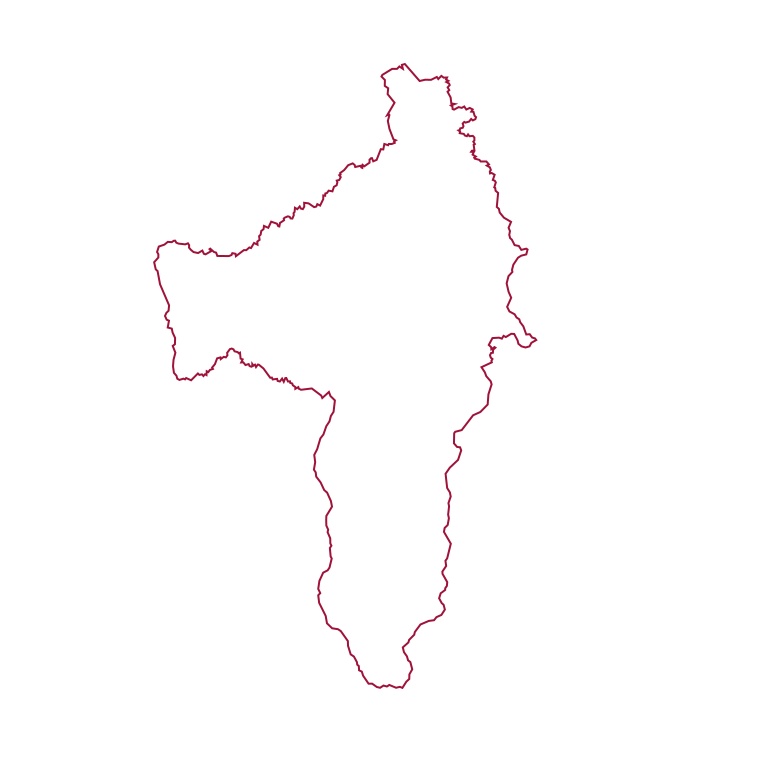 the district of Valdivia, Antioquia, Colombia, rotated 337°
{"feature_id": "7082276B28088679265990", "entity_name": "Valdivia", "entity_type": "district", "adm_level": 2, "iso_a3": "COL", "parent_name": "Colombia", "parent_adm1": "Antioquia", "projection": "mercator", "projection_center": [-75.403, 7.242], "detail": "fine", "context": "isolated", "style": "outline", "palette": "rose", "viewbox_px": 768, "rotation_deg": 337, "n_neighbors": 0, "source": "geoboundaries", "source_scale": "gbopen_adm2", "svg_char_len": 6160}
<svg xmlns="http://www.w3.org/2000/svg" viewBox="0 0 768 768"><g transform="rotate(337 384 384)"><path d="M218.7,189.2L219.7,191.6L216.8,204.7L216.9,227.6L214.3,232.4L211.5,233.5L209.0,235.8L209.1,239.9L210.8,241.7L207.0,247.5L210.3,250.1L209.5,254.0L209.7,260.0L207.1,265.7L204.4,266.4L204.2,273.7L199.7,279.5L196.7,285.3L195.0,291.6L196.2,295.3L195.8,298.4L197.3,300.3L201.4,300.7L202.7,302.0L204.2,301.2L207.9,305.2L216.8,301.6L217.6,303.5L220.2,304.0L220.9,306.1L223.1,305.1L224.1,306.4L225.8,303.0L226.9,304.4L229.3,303.0L232.4,303.3L232.2,301.7L236.1,299.7L240.4,295.2L243.8,295.6L243.4,297.3L247.1,296.4L248.8,297.7L251.1,296.4L251.8,294.0L255.8,291.7L257.7,291.9L259.0,293.3L259.2,295.5L261.8,297.5L262.3,299.0L263.7,298.9L261.9,304.6L263.5,306.1L261.0,308.4L262.9,309.0L263.9,312.4L267.2,312.8L267.3,315.0L268.7,316.3L269.7,316.2L270.6,314.1L271.1,316.1L272.8,315.8L272.8,318.4L275.4,316.8L276.3,317.3L279.1,322.6L281.7,333.8L283.3,334.3L283.3,336.3L287.6,337.5L287.3,339.6L289.1,341.0L292.3,339.2L292.6,342.8L295.5,340.0L296.4,340.3L296.6,344.2L298.5,344.8L298.1,346.3L299.7,347.7L299.6,349.6L301.2,352.1L300.5,353.8L303.9,353.4L303.7,355.0L305.4,356.9L315.8,359.9L321.7,370.1L321.7,372.8L330.2,369.8L330.0,374.1L332.4,379.9L326.7,389.9L322.6,392.7L319.2,397.1L314.4,400.3L308.5,406.8L304.2,409.2L297.0,417.9L292.1,422.0L290.1,429.1L286.0,435.5L286.6,438.7L285.4,442.8L287.2,449.8L287.5,458.2L289.2,461.8L289.4,471.0L288.2,476.6L279.4,482.9L277.7,486.5L275.6,491.8L275.7,496.3L274.2,498.3L274.2,505.1L272.3,509.8L272.4,512.3L270.1,513.8L267.5,521.9L267.7,524.2L262.1,531.7L259.3,533.5L254.3,533.9L247.6,540.0L243.4,546.9L243.6,551.6L240.9,552.8L238.8,560.1L239.7,574.7L238.0,582.0L240.8,588.6L245.8,591.7L247.7,594.6L250.3,606.5L248.6,610.9L247.7,619.9L249.8,623.1L250.4,629.4L249.7,631.9L250.6,633.8L249.2,637.8L251.2,640.1L250.8,644.3L252.7,653.8L256.0,655.2L259.0,660.1L261.7,662.1L265.7,661.4L268.5,663.6L271.3,663.1L276.4,668.3L280.3,669.0L282.2,670.9L288.3,666.7L292.0,665.4L293.9,661.2L298.5,657.7L299.6,650.2L298.2,647.8L298.7,643.7L297.6,638.6L298.4,633.8L305.5,631.4L307.2,629.3L313.9,626.6L315.4,624.4L323.6,619.6L332.7,619.6L337.8,621.0L341.2,619.1L346.6,619.0L351.9,615.4L352.6,610.5L351.5,608.2L351.0,602.8L354.4,598.8L359.8,597.5L360.6,595.9L363.0,594.4L364.8,591.1L363.7,581.7L364.4,579.5L370.1,575.8L371.5,570.7L374.0,569.2L383.1,557.1L381.4,543.5L383.6,540.2L387.5,538.7L391.3,532.9L392.0,529.3L396.1,522.0L396.8,518.8L401.4,513.7L402.3,509.6L401.5,504.4L405.6,490.7L411.9,486.7L422.5,482.8L429.1,475.3L429.3,472.0L426.7,470.5L425.2,466.0L429.4,456.7L430.9,455.8L437.5,456.8L453.8,447.6L461.8,447.4L471.4,443.4L476.1,434.3L482.9,426.4L483.3,423.3L481.2,416.7L481.4,412.6L480.3,406.6L491.7,406.2L491.9,404.7L493.6,403.4L492.6,401.5L492.8,398.9L494.7,397.3L496.4,397.8L497.9,395.0L500.7,394.1L500.1,393.2L496.4,394.0L497.0,391.9L495.7,389.0L501.8,384.1L508.0,386.3L510.2,388.3L512.9,386.4L514.5,388.4L520.7,387.5L523.4,388.8L524.0,396.2L523.4,399.5L525.3,403.1L528.6,405.7L532.7,406.2L535.7,403.7L541.3,403.0L540.8,401.0L538.5,399.1L537.6,395.1L534.3,394.0L534.8,385.3L533.5,380.4L533.8,377.3L532.0,374.6L531.5,370.9L527.8,366.2L527.5,361.1L534.8,354.3L534.7,347.9L536.2,339.3L540.8,333.3L546.0,331.0L546.4,329.0L549.7,324.7L556.7,320.1L560.5,319.5L565.6,320.3L568.7,316.3L567.8,315.0L562.8,314.2L562.0,309.6L558.5,307.2L558.1,301.1L557.1,299.0L557.6,295.6L559.7,292.5L559.7,288.9L564.3,284.4L559.4,277.8L557.5,271.4L558.2,267.6L557.0,265.1L563.7,252.7L562.2,249.7L563.0,246.9L562.3,246.1L565.7,242.1L565.4,240.2L563.9,238.7L567.6,234.6L565.5,231.8L563.9,231.6L564.4,229.8L566.0,228.7L566.1,225.9L564.0,223.1L566.4,222.9L565.2,219.2L559.9,216.9L559.4,215.0L555.6,212.0L555.5,210.9L557.4,210.5L555.2,207.5L557.4,205.5L555.0,204.3L556.1,203.6L558.5,204.4L560.0,198.8L561.4,198.6L560.9,195.8L562.4,195.1L563.5,192.4L562.7,190.3L559.5,189.3L558.9,187.1L557.1,188.3L555.5,186.8L555.2,185.0L551.7,182.7L552.7,181.3L551.7,179.7L553.0,179.8L554.0,178.5L556.6,178.9L557.9,177.7L558.2,175.0L560.3,174.1L561.1,175.2L564.8,175.7L567.8,174.1L568.8,176.1L571.6,175.9L573.0,174.3L572.2,172.6L572.7,168.4L570.8,167.4L572.9,165.9L570.8,163.4L567.0,163.5L566.3,159.9L563.5,160.2L560.9,158.3L555.7,158.8L554.6,157.7L555.4,155.3L554.5,153.8L558.5,153.9L555.6,152.0L557.3,146.3L556.7,139.8L558.9,139.0L558.5,135.8L561.3,134.5L561.3,132.8L559.4,130.4L561.7,130.1L560.1,128.0L561.8,126.5L558.6,125.3L557.2,122.8L553.1,124.5L552.6,122.0L546.2,122.4L540.8,120.0L535.2,119.0L528.2,97.6L525.2,97.2L524.5,101.2L522.2,97.7L519.2,99.0L514.6,97.1L503.3,98.8L501.8,100.0L503.6,104.5L501.2,109.9L503.4,113.4L500.6,118.6L503.6,129.2L492.0,137.8L493.9,137.7L494.1,138.5L490.3,143.4L488.7,151.3L488.3,162.5L490.1,164.3L488.1,164.6L488.1,166.2L484.9,166.1L482.2,164.9L481.1,165.8L478.1,163.2L475.0,167.8L472.8,166.6L464.8,174.8L461.1,174.8L461.2,171.4L460.3,171.1L458.3,171.9L457.2,174.6L451.0,175.9L450.0,174.1L448.5,176.6L447.7,175.7L448.3,174.1L442.3,173.0L442.6,171.0L441.4,168.7L436.5,168.6L431.0,171.5L426.0,172.7L425.9,174.2L424.4,174.3L425.0,176.7L422.5,178.7L420.0,178.3L419.9,180.1L418.0,182.6L415.0,182.9L411.8,186.5L408.6,184.4L406.1,185.9L404.4,185.7L403.4,187.7L401.8,186.7L400.3,190.1L394.9,194.8L392.9,192.4L391.0,194.2L388.8,193.9L385.2,188.3L381.3,186.0L379.9,189.6L377.6,191.3L376.0,190.0L375.8,187.6L372.5,189.2L370.9,187.0L368.9,190.7L367.5,191.4L366.9,193.4L364.3,195.9L362.7,195.1L362.5,193.3L361.0,192.1L357.5,192.1L356.3,192.6L356.0,194.2L351.2,195.1L349.2,198.1L348.3,197.4L348.1,194.6L343.6,190.5L338.5,195.0L335.3,191.6L333.6,194.4L330.8,195.2L328.8,198.3L326.8,199.1L325.8,202.7L323.0,203.4L322.0,206.3L319.5,203.4L314.7,206.9L313.4,205.7L309.5,207.0L307.3,206.0L297.6,208.5L298.2,206.1L295.5,204.3L294.0,205.7L291.1,205.6L280.6,201.0L280.8,197.5L279.1,196.1L276.9,191.5L276.1,191.7L276.9,194.2L270.4,194.9L269.1,193.8L268.9,190.2L264.1,190.8L263.0,190.1L260.2,188.1L258.6,184.9L257.8,182.3L258.9,180.1L258.5,177.9L255.6,177.8L249.6,174.4L248.0,172.7L247.8,170.5L246.5,170.0L244.1,170.5L240.5,168.7L236.4,169.9L230.4,169.5L226.7,173.8L227.0,176.4L225.7,179.4L220.0,182.1L218.7,189.2Z" fill="none" stroke="#9f1239" stroke-width="2"/></g></svg>